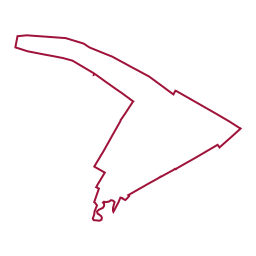 Banjul Central, Gambia
{"feature_id": "56634734B44527271765824", "entity_name": "Banjul Central", "entity_type": "district", "adm_level": 2, "iso_a3": "GMB", "parent_name": "Gambia", "parent_adm1": "", "projection": "albers", "projection_center": [-16.581, 13.457], "detail": "fine", "context": "isolated", "style": "outline", "palette": "rose", "viewbox_px": 256, "rotation_deg": 0, "n_neighbors": 0, "source": "geoboundaries", "source_scale": "gbopen_adm2", "svg_char_len": 1856}
<svg xmlns="http://www.w3.org/2000/svg" viewBox="0 0 256 256"><path d="M240.6,128.6L240.1,128.2L240.0,128.3L228.6,121.0L211.7,111.2L205.2,107.5L176.1,90.9L175.4,90.7L173.4,94.4L167.8,90.3L149.1,76.5L131.3,67.0L112.2,56.6L105.6,54.0L89.6,47.5L87.9,46.4L83.7,43.6L65.6,38.1L26.7,35.3L17.8,36.2L17.5,36.2L15.4,47.1L15.4,47.4L18.0,48.2L27.7,51.3L42.1,54.1L44.7,54.6L53.0,56.1L57.6,57.0L63.2,58.1L70.8,60.2L72.4,60.6L94.0,73.4L93.8,74.8L95.1,74.2L95.9,74.7L105.0,81.3L115.6,88.8L119.7,91.6L121.5,92.8L131.1,99.9L132.2,100.7L132.8,101.2L133.2,101.4L133.0,101.6L130.3,105.7L126.1,112.1L122.1,118.0L120.6,120.1L120.6,120.7L119.3,123.1L113.8,132.8L112.1,135.8L108.4,142.5L106.9,145.1L104.3,149.8L103.1,151.9L100.5,156.1L100.1,156.8L99.0,158.7L97.6,161.0L96.8,162.3L94.3,166.6L97.4,168.4L97.8,168.6L104.8,172.6L104.6,172.9L101.8,177.6L100.5,179.8L99.9,180.8L98.9,182.4L97.9,184.1L97.4,184.9L96.8,186.2L96.2,187.2L98.9,188.6L94.2,202.1L94.9,202.7L95.4,203.2L97.0,205.4L94.6,211.3L94.2,214.6L92.8,218.5L93.6,220.1L99.6,220.7L101.5,219.7L101.9,217.6L101.0,216.0L98.8,214.3L97.6,213.7L97.0,211.4L98.9,209.7L102.8,207.9L104.1,206.0L104.1,203.7L103.0,202.6L103.9,201.7L105.8,202.1L109.0,201.6L110.9,200.2L113.2,200.7L114.6,202.2L114.4,202.6L113.0,208.0L113.0,210.7L113.4,211.8L114.3,210.3L118.6,202.0L119.7,199.3L120.4,197.6L122.1,198.0L122.0,198.3L122.7,198.7L123.5,199.0L124.5,199.7L125.3,200.0L126.2,199.2L126.8,198.7L127.2,198.2L127.8,197.6L128.4,196.9L129.2,196.0L128.3,195.1L139.2,188.9L142.2,187.2L149.6,183.0L154.9,180.1L159.3,177.6L160.1,176.9L160.2,177.1L161.2,176.6L173.3,170.0L175.0,168.8L175.4,169.1L175.8,169.3L176.2,169.0L176.7,168.4L179.2,167.0L182.0,165.4L185.1,163.6L194.4,158.4L217.6,144.8L217.9,145.2L219.2,147.0L219.3,147.2L219.5,147.5L220.1,146.9L232.5,135.9L234.4,134.2L239.8,129.3L240.6,128.6Z" fill="none" stroke="#9f1239" stroke-width="2"/></svg>